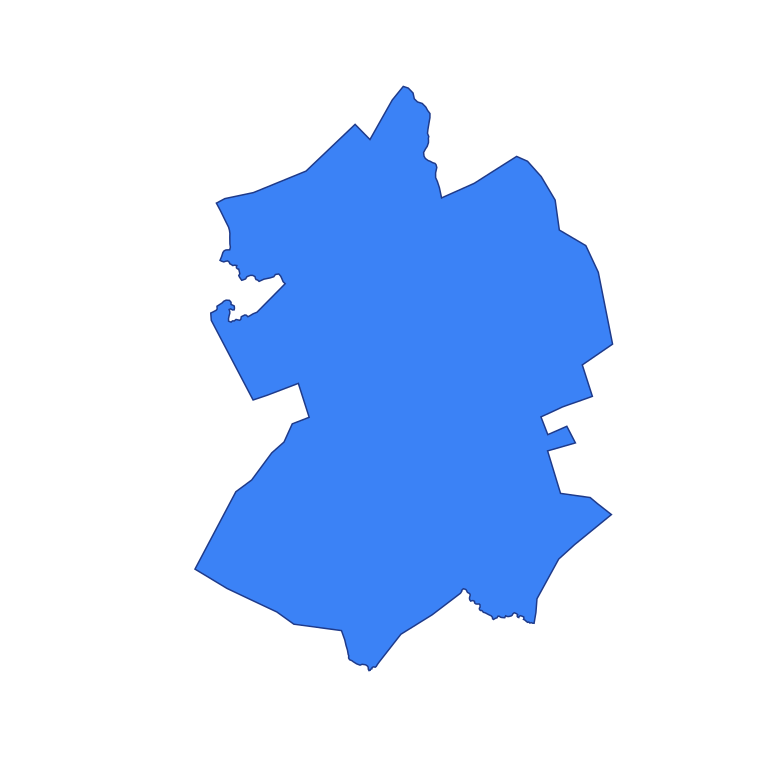 Birnin Kebbi, Kebbi, Nigeria, rotated 251°
{"feature_id": "59680162B77130024076735", "entity_name": "Birnin Kebbi", "entity_type": "district", "adm_level": 2, "iso_a3": "NGA", "parent_name": "Nigeria", "parent_adm1": "Kebbi", "projection": "natural_earth1", "projection_center": [4.241, 12.49], "detail": "fine", "context": "isolated", "style": "filled", "palette": "blue", "viewbox_px": 768, "rotation_deg": 251, "n_neighbors": 0, "source": "geoboundaries", "source_scale": "gbopen_adm2", "svg_char_len": 3723}
<svg xmlns="http://www.w3.org/2000/svg" viewBox="0 0 768 768"><g transform="rotate(251 384 384)"><path d="M643.8,505.5L649.7,506.2L655.9,503.3L659.1,499.1L649.8,484.2L619.7,450.3L638.9,441.2L610.7,379.6L607.5,322.8L608.6,314.0L611.1,293.9L609.6,284.4L600.9,285.8L588.8,287.3L582.9,288.1L579.5,287.9L576.5,287.3L573.0,286.0L566.6,283.9L563.4,283.3L561.1,281.8L561.9,279.2L562.2,278.3L562.0,276.2L560.8,274.5L557.3,271.9L554.3,269.2L553.0,270.4L551.6,272.3L551.6,274.2L551.3,276.2L549.5,277.4L548.0,277.3L546.8,278.4L545.2,279.6L545.0,281.5L544.4,282.5L543.9,283.4L543.1,282.7L541.9,282.3L540.5,283.0L540.0,284.0L537.1,283.8L535.1,283.5L533.9,282.0L532.5,282.1L530.1,282.7L528.4,283.2L528.3,284.5L528.4,287.3L530.1,289.4L530.2,291.5L530.2,293.2L529.4,295.3L527.5,297.0L526.0,296.8L524.4,297.0L523.5,298.3L521.7,299.3L522.2,304.6L521.4,311.0L521.3,314.7L522.9,317.0L522.3,320.3L519.7,321.4L516.9,321.7L513.6,321.9L511.0,323.2L493.2,287.2L493.0,283.1L492.2,279.3L491.9,277.2L493.8,276.3L494.6,274.9L494.1,271.0L491.8,269.7L491.2,268.3L493.2,265.1L492.4,263.0L493.0,261.3L492.3,259.5L494.0,257.5L496.5,258.3L499.0,259.8L501.2,261.3L502.9,261.8L504.9,261.8L504.9,263.5L503.3,264.9L502.9,266.5L504.4,267.3L506.5,267.8L507.5,266.9L509.0,265.3L511.1,266.0L513.4,265.1L514.7,262.0L514.4,259.3L513.4,257.5L512.6,254.3L511.9,251.4L509.3,250.7L508.4,249.5L507.8,245.8L507.5,243.3L500.4,241.4L411.5,255.0L411.4,269.9L412.5,303.2L376.9,302.4L376.2,284.3L361.7,270.6L355.4,255.4L336.3,227.6L330.4,208.9L270.5,145.0L241.8,169.0L224.5,186.7L203.3,208.5L186.2,220.6L164.7,263.5L154.8,263.6L149.2,263.0L144.2,262.8L139.9,262.1L138.7,262.2L136.4,261.3L134.5,261.7L132.8,263.6L131.3,264.6L128.3,267.0L126.0,269.8L126.1,272.1L124.5,275.2L122.6,276.6L121.3,276.8L119.3,276.3L117.9,276.5L117.8,277.7L118.6,278.1L118.7,279.9L119.8,280.4L120.0,282.0L119.1,283.5L119.5,284.7L121.1,286.6L122.7,288.9L141.9,318.5L150.1,354.4L161.2,388.0L161.5,388.5L162.8,390.1L163.7,390.2L163.9,391.2L164.6,392.3L163.9,393.4L163.0,394.5L161.7,394.9L160.5,394.9L159.5,395.3L158.6,396.2L157.4,396.9L156.3,396.8L155.2,396.0L153.8,395.1L152.1,394.8L150.5,395.3L150.5,396.5L150.3,397.5L149.1,398.8L147.5,398.4L146.3,399.1L145.7,400.1L145.3,401.4L144.9,402.5L143.9,402.9L142.9,402.5L141.8,402.3L141.2,401.4L140.6,401.0L139.5,400.9L138.4,401.5L138.0,402.7L137.1,403.2L135.8,403.6L134.7,405.2L132.0,407.7L129.9,409.9L127.9,410.6L126.7,410.2L125.7,410.9L126.0,412.1L126.2,413.3L126.1,414.7L126.8,415.5L127.4,416.3L126.7,417.6L125.7,418.1L125.1,418.9L124.2,420.8L123.7,422.1L124.5,422.8L125.2,423.6L124.1,424.7L123.5,426.2L123.4,427.4L123.3,428.9L123.7,430.0L124.7,431.0L125.3,432.7L124.0,434.2L122.5,435.3L121.9,434.9L121.3,434.3L120.1,434.5L119.3,435.4L120.0,435.9L120.3,436.5L120.5,437.7L119.0,439.5L118.2,440.3L117.5,440.1L116.3,439.8L116.0,439.3L115.5,439.8L114.6,440.6L113.8,440.9L113.1,441.5L112.5,441.7L111.9,442.2L111.8,443.4L110.5,444.1L110.4,445.7L109.6,446.4L108.9,448.0L118.6,453.3L131.1,458.7L161.6,492.2L170.1,512.0L186.5,556.5L201.5,546.8L209.5,542.0L223.1,515.3L267.5,516.9L266.0,545.8L284.5,543.1L282.8,522.4L301.8,521.7L303.7,540.7L304.2,545.1L304.3,551.6L304.3,557.7L304.4,571.5L304.5,577.0L337.5,577.7L347.3,613.1L419.9,623.0L449.1,619.9L472.5,599.9L502.2,605.7L528.8,600.2L547.9,592.2L556.0,583.5L549.4,555.6L544.4,534.8L541.2,499.0L546.0,499.6L551.6,500.3L558.2,500.4L562.3,500.0L566.8,501.5L571.5,504.4L574.5,504.6L576.0,504.0L577.4,502.1L579.6,500.1L581.0,498.4L583.8,496.5L586.4,496.0L590.0,496.8L592.7,499.7L594.6,502.2L597.7,504.6L599.9,505.4L601.8,505.9L603.4,506.9L606.8,506.7L610.2,508.3L616.1,511.5L620.8,514.1L624.7,515.5L628.5,514.3L632.2,513.7L636.8,511.5L639.8,507.5L643.8,505.5Z" fill="#3b82f6" stroke="#1e3a8a" stroke-width="1.5"/></g></svg>